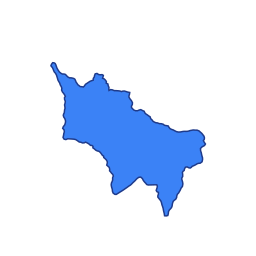 Berilo, Minas Gerais, Brazil (Albers equal-area conic projection), rotated 148°
{"feature_id": "56859067B66859765572225", "entity_name": "Berilo", "entity_type": "district", "adm_level": 2, "iso_a3": "BRA", "parent_name": "Brazil", "parent_adm1": "Minas Gerais", "projection": "albers", "projection_center": [-42.489, -16.882], "detail": "fine", "context": "isolated", "style": "filled", "palette": "blue", "viewbox_px": 256, "rotation_deg": 148, "n_neighbors": 0, "source": "geoboundaries", "source_scale": "gbopen_adm2", "svg_char_len": 3947}
<svg xmlns="http://www.w3.org/2000/svg" viewBox="0 0 256 256"><g transform="rotate(148 128 128)"><path d="M143.5,34.2L142.2,33.2L140.6,32.7L139.2,34.0L138.0,35.6L136.3,36.6L134.6,37.0L133.2,37.5L131.9,38.5L131.1,39.5L130.2,40.5L128.6,41.8L127.1,42.2L125.3,42.3L123.6,43.3L122.5,44.7L121.1,45.7L119.5,46.1L118.0,46.9L116.5,47.7L115.0,48.8L112.8,49.6L111.1,51.5L110.3,53.3L109.9,54.8L109.5,56.2L108.7,57.2L107.3,57.9L106.2,59.7L105.4,61.5L104.3,62.1L102.9,62.2L101.7,63.4L100.1,64.3L98.5,63.7L97.5,62.0L96.5,61.1L95.1,61.1L93.9,61.5L92.3,61.2L90.3,61.0L88.3,61.0L87.0,60.7L85.4,59.9L83.1,60.1L81.5,61.7L80.6,63.2L80.2,64.7L79.7,66.3L79.0,68.1L78.5,70.2L77.4,72.2L75.6,72.7L74.2,72.7L72.4,72.6L70.8,73.4L70.9,75.3L70.8,77.3L69.3,78.0L68.4,79.1L67.9,80.8L68.1,83.1L68.3,84.5L68.8,86.1L69.3,87.9L70.5,89.5L72.3,90.7L73.8,91.8L75.4,92.4L76.6,92.9L78.0,93.2L79.6,93.8L80.9,94.6L82.1,95.4L83.6,96.1L85.5,96.8L87.2,97.7L88.8,99.2L90.0,101.2L90.8,102.6L91.7,103.6L92.7,105.2L92.9,107.0L92.8,108.4L94.1,109.6L95.6,110.9L96.2,112.6L97.6,114.1L99.1,115.1L100.3,116.7L101.6,117.7L102.4,118.9L103.2,120.3L103.3,122.0L103.8,123.9L103.3,125.8L104.1,127.4L104.6,128.8L105.4,130.5L105.7,132.0L105.4,133.6L106.5,135.2L107.4,136.8L108.9,137.3L110.8,137.6L112.5,138.7L113.6,140.3L113.9,141.9L114.2,143.4L113.5,144.7L111.9,145.6L110.8,147.1L110.6,149.4L110.9,151.9L110.8,153.8L110.0,154.9L108.9,155.8L107.7,157.2L109.2,158.6L110.2,159.8L111.4,161.2L112.8,162.0L114.3,162.4L115.3,163.7L116.8,164.9L118.5,166.1L119.9,167.0L121.0,168.6L122.4,169.8L124.2,169.9L123.7,171.1L122.6,172.6L122.4,174.3L121.7,176.0L122.7,177.5L121.7,178.9L121.8,180.6L122.2,182.3L123.2,183.7L122.0,184.7L121.0,185.7L121.7,187.0L123.4,187.9L124.5,188.8L125.4,190.7L127.1,191.3L128.5,190.3L129.6,189.1L131.1,188.5L132.2,187.0L133.8,187.4L135.3,187.7L137.2,187.7L139.2,187.6L140.9,187.6L142.6,186.8L144.1,186.4L145.3,187.5L146.6,188.5L147.1,190.0L147.6,191.3L147.6,192.9L147.7,194.5L147.4,195.9L147.2,197.5L147.7,198.7L148.7,199.8L149.8,200.8L150.9,201.4L151.8,202.8L152.2,204.0L152.4,205.4L152.8,206.8L153.8,207.8L154.9,208.4L155.8,209.8L156.5,211.8L156.6,214.2L156.5,216.4L156.1,218.2L155.7,219.9L155.6,221.3L156.2,222.5L157.3,223.3L159.1,222.6L160.4,221.6L160.1,219.1L160.3,217.7L160.6,216.1L160.8,214.7L160.5,213.0L160.6,210.9L161.1,208.9L161.6,207.1L162.0,205.7L162.1,204.3L162.1,202.4L162.6,200.4L162.7,198.2L163.1,196.7L164.2,195.4L164.5,193.4L164.3,191.8L164.2,189.8L164.4,188.0L165.7,187.5L166.6,186.0L167.0,183.9L168.2,182.4L169.6,181.2L170.2,179.6L171.0,178.0L172.1,177.1L173.1,175.8L174.1,174.6L175.3,173.9L176.2,173.0L176.7,171.3L176.6,169.6L177.0,167.7L177.7,166.3L178.8,165.2L180.0,164.2L182.2,163.4L183.6,162.3L183.2,160.4L184.0,158.5L185.4,157.3L186.4,156.1L188.1,154.4L188.1,152.4L186.8,151.1L184.8,150.8L183.4,149.8L182.0,148.8L180.9,148.0L179.7,147.1L178.5,145.9L177.6,144.0L176.8,142.0L175.4,140.8L174.6,139.5L173.0,138.6L171.5,138.5L170.5,137.0L169.6,135.2L169.0,133.1L167.8,132.3L167.4,131.0L168.3,129.8L167.6,128.1L167.1,126.3L166.2,124.8L165.1,123.8L164.5,122.2L164.3,120.5L164.2,118.4L163.6,117.1L164.2,115.8L163.7,114.2L163.3,112.5L163.4,110.4L164.2,109.2L165.7,107.8L165.3,106.3L164.8,104.5L165.4,102.7L166.3,101.5L166.0,99.8L165.9,98.2L165.5,96.8L165.9,95.0L167.2,94.2L167.9,93.2L168.6,92.0L169.7,91.1L171.1,90.2L172.4,88.7L173.2,86.7L173.8,84.4L174.7,82.6L175.1,80.7L174.3,78.7L173.1,77.9L171.8,77.9L170.3,77.9L169.0,77.9L167.1,77.9L165.1,77.9L163.2,78.0L160.8,78.1L158.0,78.3L156.1,78.3L154.5,78.6L153.0,79.0L151.3,79.3L149.8,79.6L148.2,80.1L146.7,80.4L144.8,80.4L143.2,79.6L142.6,77.4L142.8,75.5L142.7,74.2L142.5,72.9L142.2,71.6L142.1,70.2L141.1,69.0L139.4,68.0L137.2,66.7L135.3,65.6L133.7,64.6L133.9,63.2L135.1,61.8L136.3,60.9L137.2,60.0L137.2,58.6L136.3,57.3L137.2,55.9L138.6,54.7L139.3,53.6L139.2,52.3L139.0,50.6L138.8,48.9L139.1,47.2L139.9,44.9L140.3,43.0L140.8,41.2L141.7,39.0L142.5,36.5L143.5,34.2Z" fill="#3b82f6" stroke="#1e3a8a" stroke-width="1.5"/></g></svg>